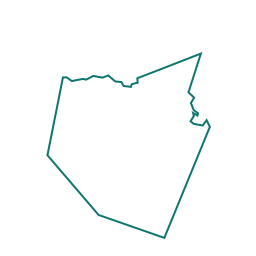 outline of Walker, Texas, United States of America, rotated 18°
{"feature_id": "52423323B95540408919203", "entity_name": "Walker", "entity_type": "district", "adm_level": 2, "iso_a3": "USA", "parent_name": "United States of America", "parent_adm1": "Texas", "projection": "albers", "projection_center": [-95.561, 30.781], "detail": "fine", "context": "isolated", "style": "outline", "palette": "teal", "viewbox_px": 256, "rotation_deg": 18, "n_neighbors": 0, "source": "geoboundaries", "source_scale": "gbopen_adm2", "svg_char_len": 528}
<svg xmlns="http://www.w3.org/2000/svg" viewBox="0 0 256 256"><g transform="rotate(18 128 128)"><path d="M174.3,34.7L121.5,77.8L123.2,81.9L118.1,85.1L118.0,88.0L110.8,89.4L107.5,86.3L101.5,87.7L93.0,84.1L88.1,88.0L78.9,89.2L73.3,94.9L69.8,95.3L60.1,100.7L54.2,98.8L50.5,100.0L59.8,178.8L126.9,219.8L196.5,221.3L205.5,101.6L200.3,96.3L198.3,102.5L189.3,103.8L185.4,102.2L186.9,96.3L185.3,93.6L190.2,94.7L189.9,92.3L185.0,90.7L180.1,84.8L181.5,78.7L174.5,75.4L174.3,34.7Z" fill="none" stroke="#0f766e" stroke-width="2"/></g></svg>